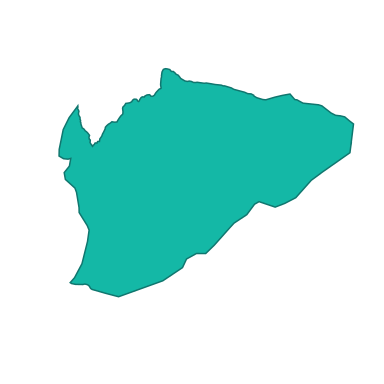 Yelimane, Kayes, Mali, rotated 16°
{"feature_id": "8926073B99329075829336", "entity_name": "Yelimane", "entity_type": "district", "adm_level": 2, "iso_a3": "MLI", "parent_name": "Mali", "parent_adm1": "Kayes", "projection": "mercator", "projection_center": [-10.704, 15.046], "detail": "fine", "context": "isolated", "style": "filled", "palette": "teal", "viewbox_px": 384, "rotation_deg": 16, "n_neighbors": 0, "source": "geoboundaries", "source_scale": "gbopen_adm2", "svg_char_len": 2794}
<svg xmlns="http://www.w3.org/2000/svg" viewBox="0 0 384 384"><g transform="rotate(16 192 192)"><path d="M150.3,312.9L188.4,285.4L203.7,267.3L205.2,257.9L213.2,249.9L222.1,247.4L228.1,236.9L238.3,215.7L241.0,210.3L250.9,198.7L255.5,186.5L259.1,182.8L276.1,183.6L284.3,177.4L293.3,168.9L303.4,147.9L311.9,136.8L333.0,110.7L332.0,104.1L331.7,101.7L331.6,101.8L328.5,82.1L323.9,80.3L318.1,77.7L313.6,77.9L308.9,78.7L303.8,77.7L293.1,73.4L289.6,73.3L274.2,76.0L267.6,74.5L265.3,74.8L262.4,72.9L259.2,70.8L252.3,74.2L245.5,78.0L237.6,83.0L236.8,83.2L234.4,83.6L228.2,83.5L225.1,82.7L224.7,82.0L221.8,81.4L218.4,82.1L215.1,81.6L203.9,81.8L201.1,81.1L194.2,81.0L192.8,81.4L190.7,81.2L184.6,82.3L180.6,82.7L175.7,83.3L173.8,84.1L169.6,84.7L168.8,84.8L166.7,85.1L165.2,85.8L163.1,86.3L161.0,85.9L158.8,86.1L158.6,86.2L157.1,87.0L156.0,87.1L154.6,87.2L149.9,86.0L148.1,84.6L146.5,83.5L145.6,83.4L144.1,83.1L142.5,82.0L140.7,81.3L139.1,81.8L138.3,81.4L136.9,80.4L134.2,80.5L132.4,80.8L130.7,82.0L130.4,83.2L130.2,84.4L130.1,84.9L130.6,88.6L131.0,89.7L131.0,91.2L131.0,91.5L132.1,97.0L132.4,97.9L133.5,100.3L133.6,101.0L133.1,101.4L132.2,102.1L131.3,103.7L130.1,106.1L129.7,107.2L129.4,108.3L129.2,109.3L128.0,110.7L127.1,111.1L126.8,111.1L125.9,111.2L125.2,110.5L124.2,110.2L122.0,111.1L120.2,112.8L120.2,113.1L119.9,113.9L119.0,114.0L117.9,114.3L117.0,115.4L116.3,117.5L116.2,118.9L115.8,119.7L114.7,119.5L113.7,118.5L112.8,118.2L110.7,118.7L109.6,120.1L109.2,121.8L107.6,123.4L105.5,124.4L103.9,125.1L103.3,127.4L102.2,129.3L102.2,130.7L103.2,133.1L103.4,133.4L103.9,135.5L103.9,136.3L103.8,136.5L102.6,138.5L101.8,140.7L100.8,144.0L100.8,144.6L100.7,145.2L99.7,145.7L98.4,146.2L96.4,146.5L95.7,146.5L94.4,148.4L93.0,149.8L91.8,151.7L90.9,153.6L91.1,155.4L90.5,158.8L90.0,161.0L89.9,163.1L89.2,165.2L88.8,166.1L88.9,167.1L89.1,168.9L88.9,168.9L87.9,169.3L87.4,169.5L87.2,170.4L87.2,170.7L87.1,171.2L86.9,171.2L85.8,171.4L85.2,171.8L85.0,173.2L84.5,173.9L84.0,174.3L84.0,175.2L83.8,175.6L81.8,173.9L80.3,172.5L80.1,170.8L79.9,170.1L78.9,169.5L78.6,169.4L78.6,169.2L78.2,168.5L77.8,167.7L77.9,165.8L75.5,164.0L73.9,163.1L72.6,162.7L71.0,161.4L70.8,161.3L69.8,160.9L68.9,160.8L66.4,157.2L66.1,156.1L65.3,155.3L65.3,154.3L64.8,153.4L64.3,153.0L64.0,151.6L63.6,150.9L62.5,150.0L61.4,148.5L61.2,147.4L61.1,146.5L61.1,145.7L60.4,144.7L59.5,143.9L59.0,143.4L59.0,143.0L58.9,141.7L58.5,140.7L58.2,141.6L53.4,154.4L51.0,167.5L52.6,187.6L54.3,194.1L59.4,195.4L63.8,194.6L66.2,193.1L67.0,200.9L63.8,208.6L66.8,214.8L78.4,220.5L81.1,224.2L87.7,238.1L89.2,242.9L100.5,253.1L103.6,257.0L105.2,268.4L106.0,291.3L102.7,306.8L99.9,312.7L101.4,313.2L105.5,312.9L112.6,311.0L114.4,310.0L117.1,309.9L119.1,310.7L121.2,312.7L122.8,313.2L137.0,313.2L150.3,312.9Z" fill="#14b8a6" stroke="#0f766e" stroke-width="1.5"/></g></svg>